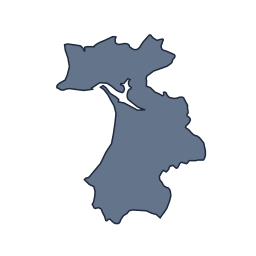 the border of Setúbal, rotated 14°
{"feature_id": "PRT-5498", "entity_name": "Setúbal", "entity_type": "District", "adm_level": 1, "iso_a3": "PRT", "parent_name": "Portugal", "parent_adm1": "", "projection": "robinson", "projection_center": [-8.638, 38.295], "detail": "fine", "context": "isolated", "style": "filled", "palette": "slate", "viewbox_px": 256, "rotation_deg": 14, "n_neighbors": 0, "source": "natural_earth", "source_scale": "10m", "svg_char_len": 3447}
<svg xmlns="http://www.w3.org/2000/svg" viewBox="0 0 256 256"><g transform="rotate(14 128 128)"><path d="M111.8,210.9L112.5,207.7L112.2,201.8L111.4,197.6L109.0,193.1L104.2,192.2L98.2,188.7L98.9,187.2L99.9,186.5L101.1,186.0L102.2,184.9L109.8,169.3L112.5,156.7L115.8,147.2L115.3,137.7L114.2,126.5L112.8,116.7L109.1,109.7L105.3,105.9L100.7,100.8L95.4,96.6L91.4,95.1L93.6,92.9L96.9,94.2L102.3,98.7L108.9,100.9L112.1,102.6L112.3,104.9L118.4,104.7L132.9,108.4L140.2,106.2L135.9,105.9L132.1,105.2L121.4,100.3L120.1,98.8L119.3,96.4L119.0,93.9L119.3,91.7L120.0,90.0L121.3,89.2L121.3,87.8L119.2,87.1L117.8,85.1L117.3,82.6L118.3,80.6L116.0,80.2L113.1,85.9L110.3,86.7L110.3,87.8L113.5,88.3L115.0,90.8L115.0,93.7L113.8,95.1L110.3,94.8L107.4,94.1L102.3,91.5L96.7,89.6L89.6,90.9L83.0,98.1L84.2,99.0L75.9,102.3L61.8,103.9L58.9,105.0L56.5,106.7L53.8,107.3L50.1,106.2L49.4,106.2L48.9,105.2L49.0,103.9L49.4,102.8L49.9,102.3L51.0,100.8L55.4,96.7L56.3,91.1L56.3,82.7L52.8,74.6L48.4,67.8L46.3,62.5L49.0,61.1L55.8,60.3L62.0,59.8L65.0,61.5L66.5,63.7L67.4,63.7L66.5,60.1L68.7,59.0L73.3,57.8L75.4,57.5L75.5,56.4L77.6,53.9L80.0,51.7L84.1,48.7L89.4,44.4L89.9,44.0L90.8,43.3L91.4,43.0L93.0,42.6L94.3,42.6L94.1,44.9L94.8,47.5L96.0,48.8L97.4,49.2L99.1,49.1L102.1,47.9L103.6,47.1L106.0,46.5L107.7,46.7L108.8,47.2L110.1,49.0L114.2,50.4L115.2,50.4L117.7,49.7L119.9,46.9L120.2,45.5L122.0,40.6L126.2,32.6L127.2,32.3L128.3,32.8L129.1,33.6L130.8,34.6L134.9,36.0L137.6,34.4L140.1,33.3L140.8,33.7L140.9,34.6L140.6,35.9L140.6,37.3L140.4,38.6L140.3,40.1L140.6,41.6L142.2,43.6L143.9,44.0L145.2,44.0L149.0,44.5L155.0,45.6L155.9,46.2L156.3,48.0L154.8,50.8L154.9,51.9L154.6,54.1L153.4,55.8L151.1,58.5L139.0,66.6L133.7,73.0L133.6,74.4L133.7,76.1L134.4,77.2L134.8,78.6L135.7,82.9L140.0,83.5L145.6,86.7L149.8,87.3L153.4,88.4L154.3,87.9L154.5,86.9L154.2,85.8L153.9,84.9L154.5,84.3L155.9,84.4L156.9,85.0L157.4,86.0L158.2,86.8L159.5,87.7L161.3,88.4L165.5,88.2L167.6,87.5L170.9,85.5L173.6,84.9L174.9,85.5L177.7,88.8L179.6,90.7L180.3,91.7L180.4,91.8L180.4,92.0L180.5,92.5L180.7,93.6L182.6,98.4L182.6,99.5L182.0,100.1L182.0,101.0L182.6,102.0L184.8,102.9L185.8,103.7L186.6,105.1L186.0,108.2L183.7,112.2L183.7,113.6L184.6,114.0L187.7,115.2L189.7,116.7L192.8,118.5L194.1,118.9L195.5,119.1L196.8,119.0L199.5,120.0L205.0,124.1L208.6,131.4L209.7,135.9L209.6,137.6L209.6,138.8L209.0,140.8L203.8,142.1L201.3,143.4L196.2,144.6L195.0,145.2L194.4,147.1L193.4,148.5L188.3,148.3L187.2,149.1L186.7,150.2L186.5,151.6L185.6,154.7L184.6,155.3L183.4,154.9L182.3,154.1L180.9,153.5L179.8,153.7L179.0,154.5L178.0,154.9L177.6,155.7L177.5,156.5L177.5,157.4L177.4,158.2L176.6,159.9L176.3,160.5L175.8,161.3L175.1,161.3L174.2,161.0L173.5,160.6L172.5,160.7L171.7,162.3L171.3,163.5L170.9,164.6L170.7,165.7L170.2,166.8L170.3,167.8L170.6,168.7L171.3,170.5L174.1,172.6L176.3,175.1L178.1,176.0L179.8,176.3L181.7,176.5L183.6,178.0L184.6,179.8L186.0,183.5L186.0,188.6L185.1,196.4L183.5,201.2L182.8,202.4L180.9,207.4L176.5,205.1L175.9,205.0L172.1,205.0L165.7,203.9L152.7,206.3L150.1,207.4L148.7,208.7L148.3,209.9L147.7,211.2L145.2,213.7L144.4,215.0L143.1,218.9L143.0,220.3L142.7,221.7L141.9,222.9L139.4,223.7L137.8,223.6L135.3,222.5L134.2,221.8L133.0,221.1L131.9,220.9L131.0,221.4L130.5,222.3L129.9,223.1L129.0,223.2L128.3,222.3L127.0,219.9L123.2,215.5L122.7,214.5L121.7,213.3L119.1,212.4L118.1,212.7L116.9,213.3L115.9,213.9L114.8,213.9L114.1,213.4L113.2,212.2L111.8,210.9Z" fill="#64748b" stroke="#1e293b" stroke-width="1.5"/></g></svg>